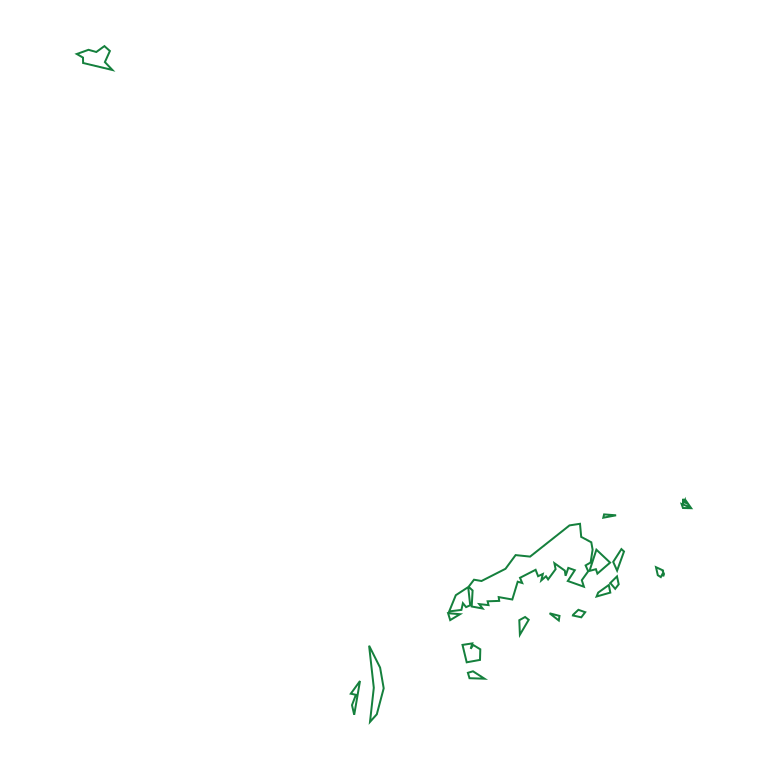 outline of Tawi-Tawi, Tawi-Tawi, Philippines
{"feature_id": "2640588B18152609363823", "entity_name": "Tawi-Tawi", "entity_type": "district", "adm_level": 2, "iso_a3": "PHL", "parent_name": "Philippines", "parent_adm1": "Tawi-Tawi", "projection": "mercator", "projection_center": [119.908, 5.883], "detail": "medium", "context": "isolated", "style": "outline", "palette": "green", "viewbox_px": 768, "rotation_deg": 0, "n_neighbors": 0, "source": "geoboundaries", "source_scale": "gbopen_adm2", "svg_char_len": 1917}
<svg xmlns="http://www.w3.org/2000/svg" viewBox="0 0 768 768"><path d="M580.0,523.8L569.5,525.4L530.1,556.6L515.6,555.1L505.5,568.8L481.5,581.0L474.0,579.7L468.6,586.8L472.6,590.5L471.7,606.5L482.6,608.5L479.2,604.1L488.5,605.1L487.6,601.3L499.2,600.9L498.7,597.1L512.3,599.5L517.7,581.7L522.2,583.0L520.0,577.8L535.6,569.8L538.1,576.2L542.8,574.0L541.3,580.4L546.0,576.3L548.1,579.4L555.6,569.2L554.4,563.2L564.8,570.6L565.6,575.8L568.3,567.9L574.8,570.2L567.8,581.0L583.9,586.7L581.8,580.2L588.2,571.3L585.6,565.4L590.6,562.5L592.6,549.7L591.3,542.3L581.2,536.9L580.0,523.8ZM369.1,645.7L373.8,687.8L370.0,721.9L376.8,714.3L383.7,688.3L380.1,667.6L369.1,645.7ZM104.4,46.1L96.3,52.0L88.5,49.8L76.8,54.0L83.0,57.6L83.1,63.0L112.4,70.0L104.9,62.1L109.9,51.0L104.4,46.1ZM468.2,587.1L455.8,595.2L449.2,611.4L461.4,609.9L462.9,603.2L466.1,607.1L470.2,605.3L468.2,587.1ZM597.4,573.6L610.1,562.6L596.4,549.7L589.5,570.9L595.9,569.2L597.4,573.6ZM472.3,643.4L462.5,644.9L466.7,662.3L480.0,659.9L480.3,649.3L473.2,645.0L470.7,648.8L472.3,643.4ZM360.0,681.0L350.8,693.7L355.9,694.8L352.0,705.1L354.2,714.8L360.0,681.0ZM519.9,634.7L528.7,619.8L525.1,617.0L519.3,620.2L519.9,634.7ZM473.0,671.3L467.9,672.8L469.5,678.2L484.5,678.7L473.0,671.3ZM621.4,549.1L613.2,561.9L617.1,570.6L624.0,551.5L621.4,549.1ZM608.8,585.0L598.2,592.6L596.6,596.5L610.3,592.6L608.8,585.0ZM617.0,576.4L610.3,583.0L615.2,588.8L618.7,584.3L617.0,576.4ZM460.0,614.2L448.1,613.2L450.2,620.1L460.0,614.2ZM585.2,612.2L578.4,609.8L573.1,614.8L572.9,615.5L581.3,617.3L585.2,612.2ZM616.1,515.3L604.1,514.4L603.3,517.7L616.1,515.3ZM685.1,499.6L683.0,499.7L683.0,503.7L684.8,500.5L684.8,502.4L688.2,504.0L689.2,506.9L681.6,504.0L683.0,508.0L691.2,508.2L685.1,499.6ZM656.0,567.2L657.8,575.2L660.8,577.1L663.1,572.8L663.2,576.4L664.0,574.0L662.3,570.1L656.0,567.2ZM559.5,615.9L549.6,613.3L558.8,620.5L559.5,615.9Z" fill="none" stroke="#15803d" stroke-width="2"/></svg>